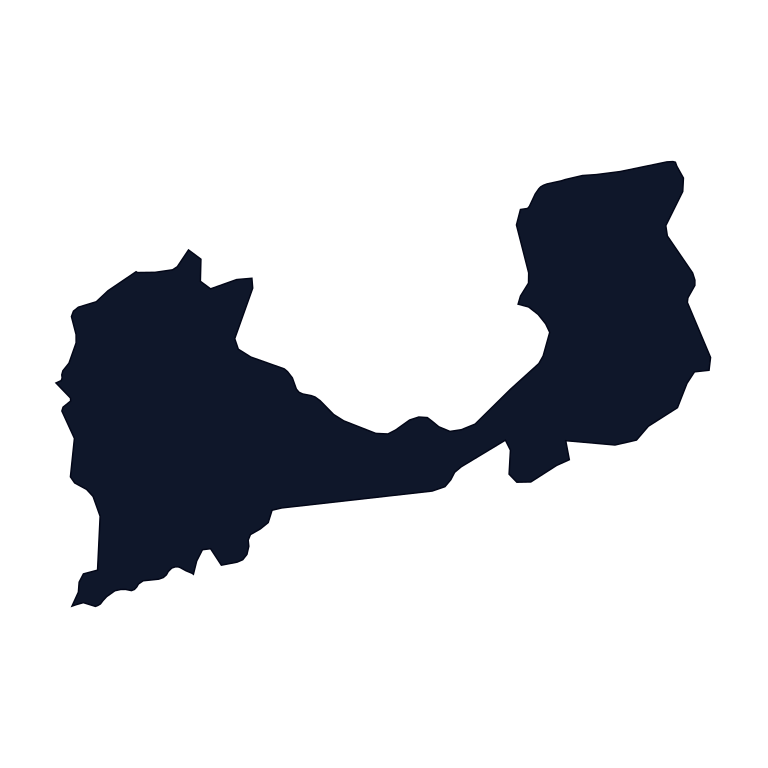 an SVG outline of Vercelli, rotated 87°
{"feature_id": "ITA-5436", "entity_name": "Vercelli", "entity_type": "Province", "adm_level": 1, "iso_a3": "ITA", "parent_name": "Italy", "parent_adm1": "", "projection": "mercator", "projection_center": [8.234, 45.554], "detail": "fine", "context": "isolated", "style": "filled", "palette": "ink", "viewbox_px": 768, "rotation_deg": 87, "n_neighbors": 0, "source": "natural_earth", "source_scale": "10m", "svg_char_len": 2132}
<svg xmlns="http://www.w3.org/2000/svg" viewBox="0 0 768 768"><g transform="rotate(87 384 384)"><path d="M271.8,562.0L279.9,552.2L272.0,525.7L271.5,510.4L281.4,510.1L330.9,530.7L341.6,527.7L350.1,515.6L363.7,482.8L366.6,479.7L373.1,475.2L384.5,471.8L387.8,469.3L389.7,465.7L391.8,457.3L393.4,453.5L397.3,448.7L411.8,435.9L418.7,426.1L432.9,394.8L434.1,382.7L430.6,374.9L421.3,360.3L418.8,351.0L419.8,342.5L423.9,337.7L429.6,331.5L434.8,320.6L433.7,309.2L428.8,295.1L395.8,257.9L371.7,228.3L364.3,223.6L341.1,215.8L332.4,219.4L322.6,226.4L314.6,235.6L311.3,245.9L303.3,243.1L290.8,234.4L280.6,233.7L232.1,243.4L216.9,238.6L216.2,231.4L214.2,229.5L202.1,223.0L197.2,219.2L195.4,217.3L193.9,214.4L192.7,210.6L190.4,196.3L189.3,192.2L186.2,174.9L186.0,161.1L184.2,137.0L177.0,89.9L177.0,83.8L177.8,81.4L181.8,80.2L194.0,74.2L207.4,75.6L240.6,94.3L251.0,93.3L289.2,70.0L296.5,68.1L301.8,68.4L313.8,76.0L318.4,76.8L374.6,56.5L387.3,58.7L388.1,73.3L399.2,81.4L423.0,92.2L440.0,122.2L453.2,134.8L457.0,156.5L450.1,205.5L469.3,202.9L474.3,215.8L489.5,242.5L489.0,256.5L480.6,263.8L456.7,261.2L446.4,265.7L470.7,311.2L475.9,318.1L483.1,322.3L489.7,328.5L493.4,341.4L502.4,492.5L504.2,502.4L516.3,506.9L522.2,515.0L527.4,525.3L532.8,527.8L539.0,527.5L547.0,529.8L552.1,534.3L554.2,540.0L556.4,555.9L539.4,565.8L540.0,574.0L550.9,580.3L564.0,584.3L563.0,585.5L560.1,591.6L556.6,597.2L555.8,599.2L555.7,602.1L556.7,605.6L560.0,609.3L563.2,611.3L565.7,614.5L567.1,619.2L567.9,634.8L570.9,639.7L573.8,641.6L576.1,644.0L577.1,647.0L575.6,652.8L575.4,657.7L576.4,663.6L581.8,672.1L585.6,676.0L588.8,678.7L590.2,681.4L591.0,683.8L586.6,695.7L588.3,703.1L589.5,707.2L575.9,700.1L565.9,698.8L557.9,694.1L554.9,679.8L501.2,674.4L481.1,680.4L473.7,686.5L466.6,698.1L460.3,702.0L422.1,696.0L394.1,707.1L390.3,705.7L384.6,697.8L381.6,697.8L365.8,711.5L363.7,706.2L361.2,705.1L358.0,705.3L354.0,704.0L346.7,697.5L326.8,689.3L318.5,688.9L300.3,692.6L295.0,690.3L291.3,685.2L286.8,667.0L276.4,654.7L258.9,625.7L259.8,624.4L260.5,606.7L258.9,589.2L256.1,584.3L239.9,572.2L249.8,560.3L271.8,562.0Z" fill="#0f172a" stroke="#020617" stroke-width="1.5"/></g></svg>